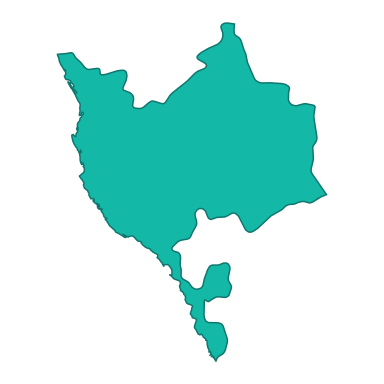 the border of Makkah
{"feature_id": "SAU-888", "entity_name": "Makkah", "entity_type": "Region", "adm_level": 1, "iso_a3": "SAU", "parent_name": "Saudi Arabia", "parent_adm1": "", "projection": "albers", "projection_center": [40.65, 21.044], "detail": "fine", "context": "isolated", "style": "filled", "palette": "teal", "viewbox_px": 384, "rotation_deg": 0, "n_neighbors": 0, "source": "natural_earth", "source_scale": "10m", "svg_char_len": 5866}
<svg xmlns="http://www.w3.org/2000/svg" viewBox="0 0 384 384"><path d="M215.9,361.0L214.8,359.5L214.4,358.4L213.6,357.9L213.9,357.0L211.7,356.6L212.4,355.8L211.5,354.8L210.2,355.1L210.8,354.0L210.8,353.4L210.5,353.0L210.9,352.3L210.5,351.9L209.0,351.9L209.0,350.0L207.8,347.4L207.2,344.3L207.1,341.2L206.8,340.6L205.8,340.2L205.6,338.8L203.3,337.1L202.5,335.2L201.0,334.1L199.9,334.9L198.1,333.9L196.2,330.1L194.5,327.7L194.6,325.8L196.6,319.9L196.1,319.1L194.6,318.3L192.4,317.7L191.7,315.6L190.4,314.0L190.5,312.8L191.5,310.1L191.9,307.8L192.6,306.4L192.1,305.6L191.1,304.9L187.7,303.8L186.7,303.1L185.1,299.7L185.6,297.7L184.9,295.0L183.9,294.5L183.4,292.8L182.8,292.1L180.5,290.5L180.6,289.0L180.0,288.1L179.5,286.1L179.6,285.5L180.7,284.0L180.3,283.5L180.4,282.9L179.9,281.1L173.9,278.8L171.2,275.9L169.9,275.2L169.9,274.8L170.4,274.9L171.7,275.6L172.0,273.2L171.9,270.3L171.5,269.1L169.0,265.5L168.0,264.7L164.1,264.5L163.6,265.0L164.2,266.5L163.4,265.8L162.7,264.6L162.2,262.9L161.4,262.4L159.2,259.2L157.2,257.7L157.9,255.8L157.6,254.8L156.9,254.2L152.8,252.0L152.3,251.2L151.3,250.8L149.9,248.8L146.7,247.9L145.6,247.3L143.1,245.3L141.2,243.1L141.6,242.2L140.6,241.6L137.6,240.9L135.4,238.6L135.5,238.3L133.2,236.4L132.3,235.9L131.1,236.0L128.7,236.6L128.2,237.1L123.4,234.6L123.8,235.8L125.8,237.3L125.4,237.5L124.5,237.2L118.4,233.3L115.7,232.1L114.8,230.4L109.6,225.7L106.4,220.5L105.3,219.5L105.3,219.1L106.3,219.1L106.8,218.3L105.3,217.8L104.0,216.6L103.1,213.6L101.4,211.5L101.2,210.5L102.1,209.2L99.5,208.4L99.8,209.2L100.6,209.6L99.5,209.3L98.3,208.6L97.6,207.7L98.0,206.8L97.3,206.2L97.6,205.2L98.3,206.0L99.5,206.4L99.0,204.5L98.0,204.4L97.3,203.4L97.0,203.3L96.9,204.4L94.2,202.4L93.1,201.0L93.2,199.7L94.2,200.4L94.2,199.4L93.9,199.1L92.5,198.4L90.9,198.8L89.0,195.4L88.9,193.0L88.7,192.5L88.0,192.0L87.8,190.8L84.4,188.1L83.4,184.7L84.2,183.3L81.8,179.3L81.1,178.8L79.4,176.1L83.7,172.4L84.3,171.0L84.4,169.2L84.0,167.5L83.2,166.6L83.2,166.3L83.8,165.8L83.7,165.0L82.9,163.1L82.2,164.3L81.6,164.5L80.7,162.6L81.1,162.3L80.2,161.0L80.0,155.9L79.5,154.4L79.6,153.5L80.9,152.8L81.2,151.1L80.8,150.4L80.1,152.1L78.9,152.4L78.6,151.2L77.5,150.0L77.1,148.0L76.4,147.6L74.3,144.4L72.8,141.0L71.8,136.1L71.9,135.0L73.3,134.5L74.8,136.4L75.8,136.4L76.2,133.4L77.3,132.3L78.0,129.0L78.1,127.8L77.7,127.8L77.0,129.7L76.6,128.9L77.4,126.8L77.4,124.4L77.8,122.9L79.6,120.9L80.1,118.4L81.5,116.8L82.3,115.2L83.4,114.0L83.4,113.3L82.6,112.2L81.9,112.4L80.8,115.1L79.5,115.4L79.4,113.7L80.1,111.3L79.8,108.2L80.2,104.9L79.8,103.3L77.9,100.5L75.2,94.6L75.3,93.9L76.7,92.6L76.7,92.2L73.1,88.4L72.6,88.7L74.1,90.5L74.8,92.9L74.4,93.3L72.2,89.3L70.8,87.7L68.1,82.7L68.1,81.9L69.7,82.8L71.4,86.6L72.9,87.3L73.4,87.2L74.1,86.2L72.7,83.7L71.3,82.8L70.4,80.7L67.3,79.4L66.2,79.6L65.4,78.7L64.4,76.2L65.0,75.6L65.7,74.0L65.5,69.9L64.9,69.6L64.4,70.5L61.8,66.0L60.9,64.9L59.3,61.0L58.9,58.4L57.6,55.3L57.5,54.3L65.7,53.6L71.1,52.7L72.5,53.1L73.5,54.1L75.7,57.8L80.6,62.3L84.7,67.3L85.9,68.3L87.2,69.2L88.9,69.5L96.7,68.4L98.3,68.5L99.3,69.0L99.8,70.0L100.2,73.5L100.8,74.4L102.0,75.0L106.1,74.3L117.4,70.8L122.4,70.2L124.7,70.6L125.6,71.4L126.3,72.4L126.8,74.6L126.9,76.3L126.2,80.2L123.2,87.1L122.9,88.2L123.1,89.4L123.8,90.3L130.0,92.7L132.0,94.4L132.8,95.5L133.3,96.7L133.6,99.2L132.6,105.2L132.8,106.3L133.5,107.3L134.8,108.0L138.2,108.5L140.6,108.4L142.0,108.1L143.4,107.3L148.8,102.7L151.0,101.3L152.6,101.0L153.9,101.2L162.1,103.7L163.4,103.6L164.6,103.1L166.0,101.6L169.8,95.6L172.0,93.2L187.1,81.2L194.5,73.7L197.5,71.4L204.9,68.3L205.9,67.2L206.5,65.6L206.1,64.3L205.3,63.4L198.3,59.4L197.4,58.4L197.0,57.2L197.6,55.8L199.2,54.1L201.6,52.3L208.4,48.4L217.8,44.2L220.4,41.9L221.8,39.7L222.8,36.8L222.8,33.0L221.1,28.0L221.0,26.8L221.3,25.6L222.0,24.6L224.2,23.3L227.5,23.0L234.5,24.0L234.0,29.5L234.2,33.1L234.6,34.3L235.8,35.6L238.9,37.6L240.0,38.8L241.0,40.5L243.9,49.6L245.8,54.1L247.4,62.3L254.4,78.6L255.7,80.3L256.8,81.2L259.1,82.4L262.2,83.0L270.4,82.8L282.0,83.6L285.7,84.5L288.5,86.3L289.3,87.6L289.5,88.8L288.6,92.4L288.4,99.6L288.8,101.1L290.0,103.2L291.2,104.3L292.4,105.0L295.9,105.9L303.4,103.9L305.8,103.7L313.3,105.2L314.3,105.7L315.1,106.6L313.9,115.3L313.9,117.7L316.9,137.0L316.9,138.1L316.8,139.4L315.9,141.8L313.1,146.1L312.7,147.3L313.4,158.1L313.1,160.6L311.1,169.0L311.1,171.4L312.1,173.8L326.5,194.6L320.9,196.9L312.5,202.1L310.6,202.8L309.1,202.9L305.5,201.8L302.6,201.4L298.6,202.3L294.2,204.1L290.0,204.4L288.1,204.8L286.6,205.5L285.3,206.4L281.7,209.8L271.1,215.8L257.5,228.5L252.8,231.5L251.0,232.1L249.5,232.2L248.3,231.8L246.1,230.3L245.2,229.1L238.5,216.1L235.5,213.5L233.1,212.9L231.9,213.3L226.9,216.1L224.6,217.0L217.0,217.4L211.3,219.4L210.2,219.3L208.7,218.4L208.0,217.4L205.6,211.5L204.7,210.3L203.6,209.3L201.9,208.6L199.3,208.5L197.1,209.9L195.4,212.3L195.1,213.3L195.1,215.7L196.6,221.5L196.7,223.8L196.3,225.4L192.5,232.3L190.3,237.2L189.0,238.4L187.8,239.0L181.2,240.2L178.2,241.4L172.8,246.6L172.1,247.7L171.9,248.8L172.3,249.9L173.2,250.8L174.2,251.3L178.3,252.5L179.7,254.1L180.2,255.2L180.6,257.7L180.1,264.8L181.2,269.8L181.0,275.7L181.8,278.0L183.3,279.3L187.5,281.6L188.8,282.8L192.2,287.4L194.7,288.9L196.1,289.2L198.6,289.0L200.9,288.1L201.9,287.2L203.0,285.1L204.3,278.9L207.7,269.6L209.2,267.1L210.3,265.8L212.4,265.1L217.5,265.1L219.4,264.8L223.3,263.1L225.6,263.0L226.6,263.1L228.1,263.9L229.5,266.1L229.9,267.3L229.9,269.6L228.3,277.2L228.2,278.5L228.7,281.2L231.0,285.1L231.4,286.5L231.4,287.9L229.1,295.0L228.3,296.0L226.3,297.2L224.7,297.4L218.6,296.8L216.3,297.0L212.6,298.9L208.9,301.5L207.8,301.5L204.9,299.8L204.4,300.4L204.3,301.4L204.0,314.9L204.6,318.5L205.7,320.8L206.6,321.7L208.8,322.6L217.1,322.7L219.5,323.1L221.7,324.1L223.2,326.2L227.4,339.3L227.3,342.4L225.4,349.8L224.4,352.0L222.7,354.0L218.3,356.6L216.9,358.5L215.9,361.0Z" fill="#14b8a6" stroke="#0f766e" stroke-width="1.5"/></svg>